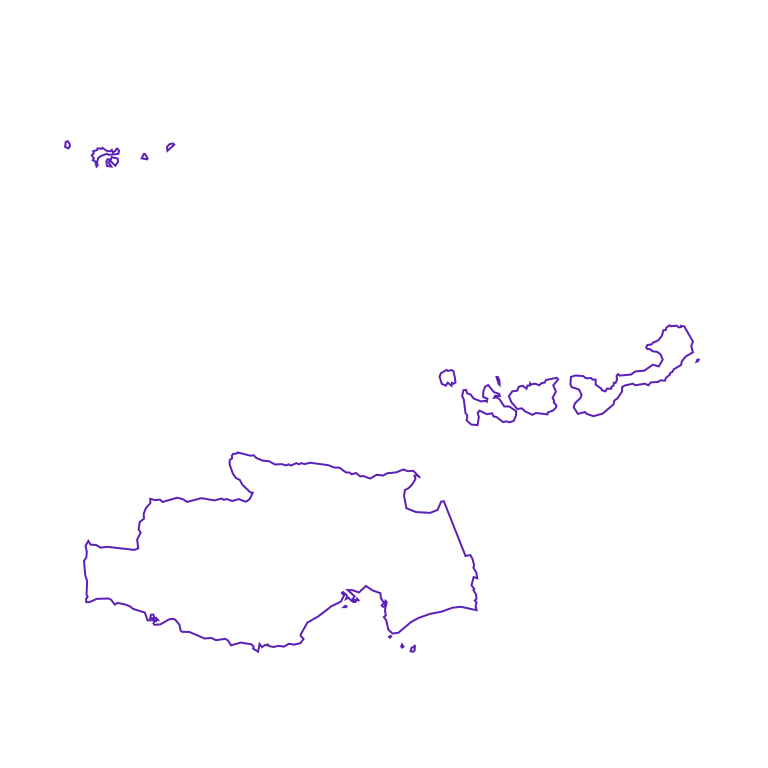 the district of Maluku Tengah, Maluku, Indonesia, rotated 175°
{"feature_id": "22746128B41463091507887", "entity_name": "Maluku Tengah", "entity_type": "district", "adm_level": 2, "iso_a3": "IDN", "parent_name": "Indonesia", "parent_adm1": "Maluku", "projection": "albers", "projection_center": [128.463, -3.665], "detail": "fine", "context": "isolated", "style": "outline", "palette": "violet", "viewbox_px": 768, "rotation_deg": 175, "n_neighbors": 0, "source": "geoboundaries", "source_scale": "gbopen_adm2", "svg_char_len": 6161}
<svg xmlns="http://www.w3.org/2000/svg" viewBox="0 0 768 768"><g transform="rotate(175 384 384)"><path d="M699.6,192.7L696.7,192.3L688.8,195.0L677.0,194.3L674.5,192.7L671.5,187.7L668.4,189.2L662.0,187.2L656.6,184.8L653.7,181.9L642.2,177.1L640.1,169.0L634.5,169.0L634.0,170.0L635.3,171.1L637.4,171.1L636.2,174.5L633.9,174.4L632.9,170.7L631.4,170.9L629.8,168.6L631.6,169.0L631.8,167.5L633.6,168.3L634.5,165.4L633.6,164.1L627.8,164.0L618.7,168.2L614.9,168.6L612.4,167.3L608.8,162.0L608.0,155.8L606.7,154.7L599.6,154.0L584.9,146.1L578.3,146.1L573.6,143.4L564.4,144.0L561.9,142.2L559.2,137.0L549.4,138.9L538.7,136.2L536.7,133.6L537.5,131.9L532.8,128.3L530.6,135.8L528.5,132.5L524.7,134.6L522.9,133.7L522.4,134.5L520.8,132.7L516.5,131.6L512.3,132.4L506.5,131.1L501.5,133.5L496.5,132.2L489.9,133.1L486.3,137.1L488.9,140.1L488.9,141.6L481.1,153.0L469.6,158.3L455.9,167.1L445.9,171.0L442.1,177.0L444.8,180.1L443.5,179.1L442.9,180.2L440.2,177.6L439.2,175.7L440.6,173.2L438.0,174.2L435.4,170.9L431.7,175.0L438.1,181.9L433.5,181.4L427.1,178.5L419.6,184.4L413.5,179.4L405.8,175.9L405.7,170.9L403.8,167.2L401.6,166.5L401.3,167.7L400.3,166.5L402.8,158.6L402.4,153.3L404.5,151.8L402.4,148.6L401.1,138.9L397.3,134.7L391.4,134.9L377.8,144.5L369.8,148.0L358.1,151.0L346.4,152.2L335.2,155.2L326.5,155.3L311.5,150.6L312.1,154.9L310.8,158.5L312.4,160.3L310.6,162.1L310.6,166.1L312.9,170.9L311.9,171.9L314.4,175.8L311.5,183.9L308.1,182.3L308.5,188.0L311.0,193.3L310.0,195.4L311.2,202.4L312.9,206.0L317.8,205.6L334.6,262.0L337.3,261.9L341.6,253.9L349.2,251.6L363.2,253.6L372.5,258.3L373.8,270.7L372.4,276.5L368.6,278.1L364.5,281.7L360.9,286.6L361.7,289.9L359.1,290.2L356.2,287.4L362.4,295.0L368.1,295.1L372.1,297.2L379.6,294.9L388.5,294.8L392.7,292.9L399.2,294.2L406.1,291.0L412.8,294.2L415.8,294.0L419.6,297.8L424.1,296.9L426.1,298.9L429.5,299.2L435.8,304.6L440.5,305.0L446.6,308.0L464.5,312.0L470.2,311.1L473.2,312.4L475.9,311.4L478.1,312.9L483.7,310.9L486.1,312.3L488.6,311.4L493.0,313.1L499.5,313.3L505.4,317.1L511.6,318.3L517.5,321.3L519.9,324.3L523.5,324.3L535.9,328.6L536.9,327.5L540.3,327.6L541.8,325.9L541.8,323.2L544.4,321.7L544.7,316.8L542.3,307.6L539.5,303.1L536.1,301.1L533.9,296.0L526.8,287.9L524.3,287.1L527.6,281.4L530.6,279.3L532.4,278.9L538.9,282.0L545.3,280.7L551.0,283.2L553.5,282.5L555.8,284.1L563.1,282.8L575.8,286.2L590.4,283.7L594.8,287.0L600.1,288.7L614.8,285.8L617.2,288.3L622.2,288.3L626.9,290.0L627.2,285.6L631.9,281.3L634.7,275.7L634.9,270.7L639.3,267.9L641.1,260.5L639.4,257.1L643.5,250.5L643.1,241.7L647.2,240.5L673.8,245.9L680.7,245.7L684.7,248.7L690.4,249.6L692.2,253.4L695.4,248.9L694.7,242.5L695.7,237.2L698.3,233.8L698.3,219.7L696.9,213.5L698.7,200.0L697.8,197.9L699.5,195.9L699.6,192.7ZM172.7,369.8L176.0,370.3L177.1,371.9L182.3,372.1L184.8,374.5L192.6,375.8L197.1,374.8L198.3,367.5L197.3,364.6L190.3,361.5L188.1,355.9L189.5,352.9L195.3,348.3L197.1,344.3L193.4,337.3L186.3,338.6L184.5,336.5L178.2,333.7L168.8,335.4L157.1,343.7L156.0,347.4L152.6,349.4L147.5,355.8L147.1,360.1L144.0,361.6L136.0,362.6L133.9,360.8L124.0,361.6L120.8,359.6L118.1,362.3L110.9,362.2L108.1,363.6L103.9,362.8L102.4,365.8L98.5,368.3L97.7,370.4L95.9,370.7L93.9,373.5L86.3,377.1L85.4,380.6L80.9,385.2L73.5,388.6L74.6,395.4L72.5,399.2L79.8,415.1L83.0,416.1L83.2,414.8L85.3,414.7L87.5,416.6L93.5,416.6L94.5,417.6L97.7,415.5L98.7,413.2L101.0,413.2L102.9,407.9L107.0,403.6L112.5,401.7L114.2,400.0L118.2,400.0L119.7,397.5L118.2,395.6L116.2,395.7L113.8,393.3L108.9,392.1L105.8,389.3L104.2,384.0L108.7,377.6L114.5,379.8L123.5,374.6L132.6,374.6L137.1,371.9L148.2,371.8L150.0,373.5L151.6,371.7L151.4,368.0L153.3,364.9L154.9,365.2L155.5,362.4L157.7,361.3L158.2,359.5L162.3,359.9L164.2,357.4L167.5,358.8L167.9,360.4L173.3,365.0L172.7,369.8ZM235.2,341.9L223.8,339.5L223.2,341.4L217.7,342.9L214.6,345.7L214.2,347.8L216.5,350.8L216.0,352.8L217.3,355.4L213.4,361.5L215.5,367.9L210.1,373.4L211.4,375.1L222.2,373.9L223.8,371.4L227.2,371.1L229.2,369.2L233.8,371.2L237.3,370.7L238.3,372.1L239.0,369.7L241.0,370.0L242.5,366.9L245.9,370.2L250.0,369.5L251.9,365.8L256.8,365.5L260.7,361.0L258.6,354.6L253.4,347.5L248.7,347.7L245.9,344.5L238.8,340.3L235.2,341.9ZM262.3,334.9L257.9,336.0L255.2,341.3L254.7,345.4L261.0,350.6L266.2,351.2L270.3,358.8L272.6,360.7L275.6,360.7L274.2,362.6L269.6,361.9L270.1,364.1L275.2,366.3L280.3,373.9L283.5,372.6L285.7,367.8L286.4,362.5L282.2,360.3L283.2,357.4L284.2,358.4L288.9,358.2L295.9,361.7L298.7,366.0L301.9,367.4L302.8,371.0L305.4,370.9L307.2,365.3L305.9,361.8L305.3,347.7L303.7,345.3L304.9,340.6L300.6,336.0L294.4,334.9L292.4,342.8L293.2,347.0L291.1,349.2L284.2,344.9L278.9,345.4L277.7,342.2L274.7,341.2L268.6,335.6L265.7,336.2L262.3,334.9ZM320.4,379.8L316.9,376.4L316.2,379.2L314.8,378.2L312.7,379.3L312.8,383.7L313.7,390.7L315.1,391.9L319.4,391.5L320.6,392.5L326.2,389.9L328.0,386.7L326.5,379.2L322.5,377.0L320.4,379.8ZM651.4,625.7L650.2,626.8L650.6,630.1L649.0,633.9L646.8,635.5L640.4,637.5L638.2,636.3L628.7,636.3L627.6,639.4L628.8,641.4L629.8,641.8L631.4,639.5L634.0,638.4L634.8,640.9L636.1,639.8L639.3,640.0L644.0,643.8L644.7,643.0L648.8,643.7L649.3,642.1L653.4,641.2L653.0,639.2L655.2,637.3L653.4,634.0L654.6,632.4L652.2,630.8L651.4,625.7ZM632.6,624.8L629.4,628.9L629.7,631.8L635.6,633.7L637.1,630.0L632.6,624.8ZM680.0,652.9L681.0,648.0L677.9,646.2L676.1,648.3L676.3,650.6L677.9,653.4L680.0,652.9ZM579.5,639.2L579.4,635.2L572.1,640.7L573.2,642.0L576.6,641.7L579.5,639.2ZM600.6,628.5L599.8,629.3L602.1,634.0L603.2,634.1L605.7,629.9L600.6,628.5ZM640.8,625.2L636.7,624.4L638.9,628.5L637.7,631.6L639.8,632.1L641.3,629.7L640.8,625.2ZM380.8,115.5L378.6,114.6L376.7,116.0L375.9,121.3L377.3,119.1L379.2,119.2L380.8,115.5ZM271.3,381.2L269.8,374.0L268.9,373.0L268.8,378.2L270.1,381.2L271.3,381.2ZM404.4,162.1L402.0,162.5L402.6,166.4L405.6,163.6L404.4,162.1ZM433.7,169.6L431.6,169.3L430.3,170.9L433.2,171.8L433.7,169.6ZM388.7,122.9L389.8,121.0L388.8,119.8L387.5,120.6L388.7,122.9ZM70.6,379.1L68.8,379.8L68.4,380.9L69.8,380.8L70.6,379.1ZM429.9,171.5L427.6,170.0L429.5,172.5L429.9,171.5ZM443.5,165.2L441.3,165.0L440.7,165.6L441.8,166.5L443.5,165.2ZM401.0,131.8L400.3,130.7L398.9,132.1L399.3,132.5L401.0,131.8Z" fill="none" stroke="#5b21b6" stroke-width="2"/></g></svg>